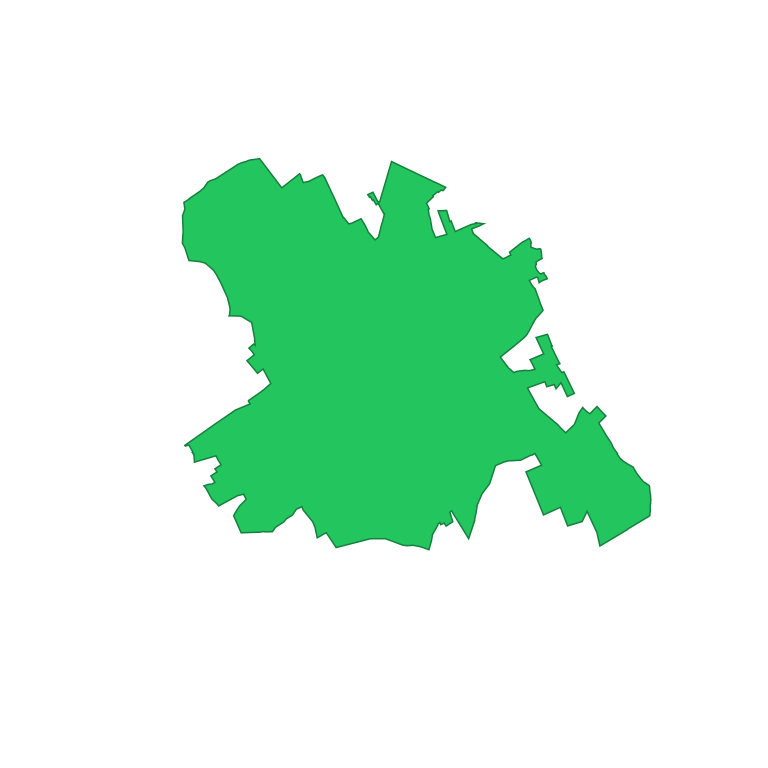 outline of Umán, Yucatán, Mexico, rotated 322°
{"feature_id": "50627088B93748146703030", "entity_name": "Umán", "entity_type": "district", "adm_level": 2, "iso_a3": "MEX", "parent_name": "Mexico", "parent_adm1": "Yucatán", "projection": "robinson", "projection_center": [-89.729, 20.847], "detail": "fine", "context": "isolated", "style": "filled", "palette": "green", "viewbox_px": 768, "rotation_deg": 322, "n_neighbors": 0, "source": "geoboundaries", "source_scale": "gbopen_adm2", "svg_char_len": 5979}
<svg xmlns="http://www.w3.org/2000/svg" viewBox="0 0 768 768"><g transform="rotate(322 384 384)"><path d="M486.3,648.6L486.9,648.4L512.3,651.5L513.4,650.3L514.1,649.4L515.1,648.7L519.1,643.5L520.7,642.2L521.3,641.3L522.1,640.4L522.6,640.0L523.3,639.1L523.4,638.7L524.1,637.8L525.2,636.2L525.8,635.4L526.9,633.3L528.4,630.8L529.8,628.8L530.2,627.9L530.3,627.4L530.3,626.8L529.8,625.3L529.1,622.9L528.4,621.2L528.2,620.4L528.2,618.4L528.0,616.4L528.2,616.1L528.1,614.2L528.1,611.8L528.2,609.8L528.7,606.0L528.9,604.2L529.2,603.0L526.2,595.6L525.2,592.5L524.9,591.6L524.2,587.2L524.4,585.9L524.6,582.8L525.2,582.6L525.4,575.7L526.7,570.3L527.0,567.0L527.5,560.8L528.2,555.9L529.2,547.0L539.2,545.8L538.2,537.3L538.3,537.1L538.0,532.9L527.9,534.2L526.8,530.6L526.2,526.6L526.2,524.8L519.7,526.9L512.4,531.2L508.9,533.1L497.1,534.3L496.1,526.9L495.8,522.6L491.1,500.2L490.9,498.4L493.8,480.1L494.7,475.5L512.2,481.2L510.6,486.3L517.8,489.3L516.6,493.7L524.2,492.0L520.8,506.8L528.2,508.6L533.3,485.1L531.1,484.5L531.7,475.1L535.1,476.3L535.8,472.0L538.9,457.5L540.0,457.7L540.0,457.2L539.9,457.0L541.0,453.4L542.3,449.2L543.4,445.5L532.4,441.0L529.2,454.9L528.4,458.6L525.3,457.8L515.8,455.2L514.0,454.7L513.9,456.1L512.1,465.3L507.9,463.5L506.2,462.5L503.6,460.1L497.0,456.1L493.8,455.1L493.4,454.9L492.0,448.0L492.2,434.4L510.6,434.2L522.2,433.8L525.5,433.4L527.0,433.1L531.7,431.2L536.9,428.8L540.6,427.2L544.8,425.6L547.1,425.4L549.6,424.9L554.7,423.9L555.1,422.8L556.0,419.6L556.0,419.4L556.7,417.0L557.2,415.5L557.6,414.4L557.9,413.5L558.2,412.8L559.6,408.5L560.0,407.2L560.6,405.2L561.2,403.7L561.3,403.0L561.7,402.0L561.6,401.5L561.5,400.5L561.4,399.9L561.3,399.3L561.5,398.1L561.5,396.4L562.3,391.8L569.7,393.6L570.7,394.6L570.5,395.3L568.6,399.7L571.8,399.9L575.3,400.9L577.4,401.6L578.0,398.6L577.9,396.6L578.5,394.7L577.9,394.4L575.4,393.9L574.6,391.9L574.6,388.1L574.9,387.0L575.3,385.3L576.1,384.4L576.3,383.9L577.6,383.6L578.9,381.5L580.9,381.6L582.6,381.9L583.3,381.9L584.2,382.3L585.9,382.4L586.9,380.0L587.6,379.5L590.5,374.5L590.4,373.8L589.8,373.1L588.4,372.4L587.3,371.7L586.3,370.3L584.0,366.7L586.2,363.7L586.9,363.7L587.9,361.1L588.2,358.6L583.5,358.0L580.5,357.4L564.1,357.4L563.3,360.5L559.5,359.6L558.5,359.6L554.7,358.5L550.6,340.3L550.5,337.5L549.6,333.3L547.0,320.4L548.6,315.7L550.3,316.2L552.2,316.8L555.2,317.8L557.0,318.2L561.2,319.1L555.6,313.5L555.5,314.3L551.6,312.3L550.3,311.8L544.6,310.4L534.0,307.7L537.3,296.8L535.9,296.5L540.2,285.8L533.2,280.8L531.9,284.7L525.7,304.7L525.6,304.8L514.7,300.3L515.0,299.4L517.2,291.6L522.1,282.6L523.6,278.5L526.4,273.7L527.5,273.8L528.8,267.7L538.2,266.8L538.2,265.7L544.3,265.5L544.8,266.5L548.4,266.4L549.7,268.1L553.0,267.2L553.7,267.0L551.4,262.3L549.9,259.3L549.7,258.9L548.8,257.2L548.1,255.9L546.9,253.6L546.6,252.9L546.0,251.5L545.7,251.2L545.0,249.7L543.2,246.1L542.2,244.1L539.5,238.7L537.7,235.0L535.8,231.3L534.1,227.9L532.5,224.6L531.6,222.8L529.3,218.2L526.9,213.3L499.3,233.1L498.2,233.8L497.7,234.2L496.8,234.9L495.7,235.7L494.6,236.5L492.9,237.6L492.0,237.4L492.1,237.2L492.0,236.9L491.9,236.8L491.9,236.7L491.7,236.6L491.4,236.2L491.6,235.2L492.0,233.4L492.1,232.5L492.3,231.6L492.5,230.6L492.6,229.7L492.8,228.8L493.0,227.9L493.2,227.0L493.4,226.1L489.4,225.1L487.8,224.8L487.5,228.0L488.5,228.2L488.3,229.9L488.1,230.8L488.0,232.2L488.4,232.2L488.9,232.3L488.2,238.0L490.4,238.1L490.8,238.0L491.1,237.9L491.0,238.9L490.4,239.3L488.7,249.8L489.1,250.1L488.6,250.6L483.2,254.9L480.2,256.9L475.5,260.6L470.0,264.9L465.7,264.9L465.1,254.7L466.7,248.1L467.7,239.7L457.5,237.4L454.8,236.2L454.7,227.8L454.3,227.7L459.3,206.9L464.3,185.0L464.4,183.8L464.4,181.4L463.3,181.0L457.0,179.5L449.8,178.1L444.4,175.6L444.6,174.6L445.4,172.3L445.9,170.4L447.0,167.9L446.9,166.4L424.6,166.5L424.2,166.4L424.7,129.9L416.8,125.3L415.1,124.5L412.0,123.7L409.4,122.5L407.1,121.8L404.4,121.0L397.3,120.4L377.8,118.7L371.5,116.6L369.2,116.5L362.9,118.5L357.1,118.8L346.3,118.1L342.2,118.2L338.1,117.7L334.8,123.6L328.8,127.4L323.7,134.5L319.7,140.1L316.7,143.4L311.8,148.9L310.9,154.2L306.3,166.6L314.3,174.3L317.7,179.0L319.7,189.3L319.3,194.4L319.3,194.5L317.7,203.7L313.9,219.3L309.9,228.4L308.4,230.8L304.4,234.8L303.9,234.9L312.7,242.1L313.2,242.8L315.0,247.4L317.6,254.0L315.9,257.4L315.1,258.9L313.4,262.0L312.1,264.6L310.4,267.9L306.3,274.1L305.7,272.2L299.6,272.6L300.0,275.9L299.8,281.2L297.8,281.1L294.7,281.2L291.5,281.2L290.4,281.2L290.8,292.7L290.9,297.7L298.0,297.7L295.1,313.9L285.6,314.5L284.7,314.3L283.4,314.5L275.5,314.1L267.5,313.6L266.6,313.9L266.1,317.3L250.8,313.0L248.1,312.9L231.7,311.9L225.9,311.5L214.7,311.0L189.3,309.7L189.2,310.6L192.7,311.9L191.5,319.8L190.7,319.9L190.7,322.1L191.0,322.2L186.5,328.9L207.3,337.1L207.0,339.6L206.6,340.4L206.5,341.3L205.9,347.4L198.6,346.7L198.2,350.5L191.0,349.8L190.2,357.3L187.0,357.0L184.5,355.4L182.7,354.5L181.3,354.1L179.5,353.4L179.5,357.2L178.9,360.4L178.0,365.6L177.5,369.0L178.3,373.1L178.5,375.0L178.6,376.3L178.6,378.3L198.3,381.6L200.0,381.9L205.4,384.4L205.9,383.8L205.3,385.3L205.0,386.8L204.6,389.8L202.6,390.3L199.6,390.6L195.1,391.2L194.2,391.5L190.8,392.7L188.9,393.4L187.2,394.0L184.4,395.2L180.5,410.7L179.8,413.3L195.3,424.6L197.5,425.6L200.1,428.0L205.2,431.7L210.0,430.2L211.1,430.2L220.3,431.0L224.1,430.1L231.0,431.0L237.7,428.8L243.7,430.1L242.7,434.0L243.0,448.5L241.5,454.2L236.7,464.1L247.0,465.6L245.6,483.4L277.9,497.5L289.9,506.8L299.4,522.3L302.1,525.2L307.9,529.3L312.0,534.0L314.2,537.1L317.3,542.3L324.8,536.8L329.6,532.5L339.5,528.4L340.0,527.6L342.7,527.5L342.1,529.8L345.7,530.6L345.5,534.2L353.4,534.9L357.0,525.6L359.1,525.5L355.5,558.0L371.6,547.3L372.2,546.4L377.3,542.1L383.1,536.7L393.8,530.8L405.9,527.6L421.2,517.2L422.3,517.1L430.6,519.4L434.3,520.9L444.8,528.2L455.3,530.4L457.0,531.2L460.2,531.7L458.2,545.0L441.8,540.7L429.1,585.4L430.4,585.7L447.1,589.8L441.3,608.9L455.5,614.4L465.6,609.4L460.4,632.0L454.4,644.6L486.3,648.6Z" fill="#22c55e" stroke="#15803d" stroke-width="1.5"/></g></svg>